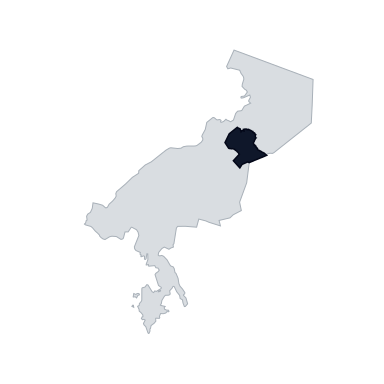 Takhtakupir, Karakalpakstan, Uzbekistan (highlighted), rotated 107°
{"feature_id": "79887680B8081809775743", "entity_name": "Takhtakupir", "entity_type": "district", "adm_level": 2, "iso_a3": "UZB", "parent_name": "Uzbekistan", "parent_adm1": "Karakalpakstan", "projection": "orthographic", "projection_center": [60.944, 43.185], "detail": "fine", "context": "in_parent", "style": "filled", "palette": "ink", "viewbox_px": 384, "rotation_deg": 107, "n_neighbors": 0, "source": "geoboundaries", "source_scale": "gbopen_adm2", "svg_char_len": 5269}
<svg xmlns="http://www.w3.org/2000/svg" viewBox="0 0 384 384"><g transform="rotate(107 192 192)"><path d="M295.1,166.8L300.2,163.5L303.4,164.9L303.8,165.8L300.7,168.2L297.9,169.6L297.3,172.2L294.5,173.6L291.9,177.4L287.6,181.4L287.6,182.1L288.1,182.7L289.7,182.9L293.0,184.5L295.8,183.1L296.6,183.2L297.5,184.2L298.6,187.3L300.1,188.0L304.5,189.1L307.7,188.7L309.4,189.2L309.6,188.9L309.3,184.2L310.7,184.8L312.1,184.0L312.4,181.6L311.9,180.1L312.8,179.1L313.5,179.6L313.7,181.0L315.4,181.7L316.8,183.9L317.4,186.5L320.5,186.8L321.5,186.1L322.4,186.3L323.2,189.6L323.7,189.8L326.1,188.8L328.7,189.9L331.7,192.1L334.6,191.8L335.3,192.2L337.3,191.5L339.8,191.8L340.0,192.2L339.6,192.9L334.3,196.8L333.0,199.2L331.8,200.0L328.2,199.3L327.8,200.7L328.6,201.9L327.9,203.4L326.1,203.2L325.6,202.5L323.9,203.1L322.2,205.6L321.4,207.6L319.6,208.4L317.2,210.6L315.9,209.3L314.1,209.7L311.4,208.5L310.1,208.4L299.1,211.7L298.2,211.6L296.7,209.2L293.8,208.1L293.8,206.9L299.0,201.0L299.4,199.3L297.4,198.6L297.6,197.2L293.4,193.4L292.7,193.2L292.2,193.5L291.2,196.7L281.8,203.2L280.3,202.8L277.9,201.0L276.3,200.5L274.7,202.3L275.0,204.4L273.3,206.1L275.5,211.4L275.4,212.1L274.1,212.5L275.2,214.4L274.5,214.7L269.6,214.4L264.1,216.2L264.3,217.1L269.3,216.4L270.0,216.7L270.2,217.4L270.0,217.9L267.4,218.6L267.2,219.5L268.8,221.7L268.2,222.3L267.2,222.0L266.6,223.6L264.9,223.7L264.4,228.4L263.1,230.2L261.3,231.1L249.2,230.1L246.2,231.8L244.3,234.0L243.3,239.2L243.5,239.8L248.8,241.4L249.8,244.4L256.0,244.1L257.1,244.5L257.7,245.3L258.1,246.1L256.7,251.3L257.7,255.7L258.9,257.7L262.9,261.3L262.9,263.5L262.2,265.5L261.3,267.2L260.2,268.0L258.9,270.3L257.7,273.0L255.3,276.7L254.5,278.6L254.6,284.2L254.0,285.9L253.9,285.3L252.9,284.7L250.1,284.8L249.5,284.1L246.0,285.7L243.7,285.3L241.2,283.2L236.8,282.6L231.3,283.5L230.8,277.8L230.8,273.6L232.4,270.1L232.3,269.5L231.3,268.4L227.9,267.7L223.9,265.3L220.2,263.7L218.1,263.3L215.8,264.4L213.7,264.2L203.8,257.9L195.4,253.3L189.7,248.5L187.1,249.1L179.8,244.6L175.1,239.8L159.7,229.2L156.7,226.5L155.9,225.2L154.6,218.4L153.3,215.3L151.3,213.6L149.6,210.4L147.1,202.5L146.2,201.0L141.7,197.7L139.1,196.9L137.3,197.5L136.2,198.8L134.8,198.9L128.3,197.6L121.1,198.2L114.9,194.0L114.5,193.4L114.5,192.3L115.7,189.6L115.5,188.4L114.7,187.1L114.7,185.8L115.3,185.0L116.4,185.3L116.9,184.8L116.7,184.1L115.3,182.4L112.5,180.8L113.0,179.8L113.2,177.2L113.6,175.8L113.3,175.4L111.1,173.4L104.2,173.2L102.6,172.6L101.3,171.9L100.0,168.9L99.4,168.2L94.6,167.0L89.9,161.9L88.9,164.1L87.9,164.5L84.3,163.8L82.4,165.1L86.8,170.3L87.7,171.9L87.6,172.8L86.3,172.9L85.2,170.5L84.5,169.7L80.2,168.3L78.8,169.8L78.3,171.7L76.4,175.0L74.2,175.4L69.0,175.4L67.4,176.1L66.3,177.0L64.2,179.8L61.6,182.0L62.1,191.3L63.7,193.7L61.9,195.6L44.0,193.3L49.0,109.1L73.7,102.5L91.2,98.1L130.6,125.3L131.6,126.4L132.1,128.7L133.2,130.5L147.0,145.9L167.2,142.4L187.8,143.5L195.3,139.4L201.7,145.9L205.6,148.1L211.3,157.8L216.1,154.9L216.0,166.8L215.6,170.5L215.9,177.6L224.3,177.3L226.8,188.6L229.1,195.7L231.0,196.4L246.7,194.2L248.0,194.7L250.1,193.7L251.8,195.9L253.5,197.3L252.8,202.4L254.9,204.3L259.5,206.2L262.2,205.9L262.6,205.0L262.4,203.8L261.6,202.7L261.6,201.2L261.9,200.1L264.2,196.0L268.1,191.9L269.0,190.5L269.1,188.1L270.5,186.6L274.0,184.7L274.5,183.5L278.6,180.1L283.5,177.7L285.6,175.9L287.5,172.8L290.3,169.4L291.6,169.2L292.5,170.0L293.3,170.0L295.1,166.8ZM297.3,195.0L296.5,193.6L295.7,193.1L295.3,193.4L296.8,195.1L297.3,195.0ZM309.5,217.6L306.1,218.0L306.4,215.7L305.1,214.8L304.7,213.7L304.9,212.6L305.7,212.2L306.8,213.6L309.5,214.0L308.8,215.7L309.6,217.3L309.5,217.6ZM319.3,214.0L318.9,216.1L317.4,215.4L317.5,214.9L319.3,214.0Z" fill="#d9dde1" stroke="#a8b0b8" stroke-width="1"/><path d="M125.4,173.4L135.1,174.9L139.4,169.8L139.5,169.3L139.4,168.4L139.2,167.6L139.1,166.6L138.7,166.1L138.7,165.8L138.7,164.4L138.8,163.7L139.3,162.9L139.5,162.1L139.7,161.4L140.0,160.9L140.3,160.5L140.7,159.5L141.0,159.1L141.6,158.5L142.0,157.8L150.0,161.6L155.0,153.3L151.0,152.2L147.0,147.6L147.2,145.9L147.0,145.7L146.8,145.5L144.4,142.5L143.6,141.7L142.2,139.9L141.7,139.3L140.8,138.2L140.7,138.0L140.3,137.6L139.2,136.3L138.6,135.5L138.4,135.3L138.4,135.2L137.7,134.4L137.5,134.2L137.4,134.0L136.1,132.5L135.8,132.2L135.1,131.3L134.0,133.7L133.7,134.2L133.6,135.6L133.4,135.8L133.4,137.0L133.2,137.2L133.1,137.6L132.8,138.3L132.8,139.6L132.5,140.1L132.6,140.9L131.8,142.1L131.2,142.1L130.6,143.3L130.3,144.1L129.8,144.1L129.5,144.3L129.6,144.9L129.5,145.1L129.2,145.2L129.3,145.9L129.1,146.1L128.7,145.9L128.5,146.6L128.2,147.0L127.7,147.2L127.4,147.5L126.9,147.6L126.6,147.7L126.3,147.5L125.7,147.5L125.3,147.3L125.0,147.4L124.3,147.2L123.7,147.3L123.0,147.0L122.1,147.0L121.6,146.6L121.5,147.0L121.2,147.1L120.1,147.9L119.2,147.9L118.5,147.8L118.3,148.4L118.1,149.0L117.5,149.1L117.3,149.5L117.2,149.8L117.5,150.5L117.1,151.2L116.7,151.2L116.3,151.5L116.4,152.2L116.2,153.2L116.0,153.4L115.9,154.0L115.8,155.1L115.8,155.6L115.5,156.1L115.7,156.5L116.1,156.8L115.9,157.5L116.2,157.8L115.9,158.5L116.0,158.9L116.4,159.6L116.5,160.2L117.0,161.0L117.4,160.4L118.0,160.2L118.4,160.0L118.5,160.5L118.2,161.0L118.7,162.2L120.1,162.7L117.5,164.5L117.3,166.6L116.9,167.6L125.4,173.4Z" fill="#0f172a" stroke="#020617" stroke-width="1.5"/></g></svg>